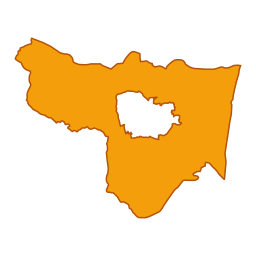 the district of Samraong Tong, Kâmpóng Spœ, Cambodia
{"feature_id": "14789045B32587408754767", "entity_name": "Samraong Tong", "entity_type": "district", "adm_level": 2, "iso_a3": "KHM", "parent_name": "Cambodia", "parent_adm1": "Kâmpóng Spœ", "projection": "albers", "projection_center": [104.483, 11.45], "detail": "fine", "context": "isolated", "style": "filled", "palette": "amber", "viewbox_px": 256, "rotation_deg": 0, "n_neighbors": 0, "source": "geoboundaries", "source_scale": "gbopen_adm2", "svg_char_len": 5835}
<svg xmlns="http://www.w3.org/2000/svg" viewBox="0 0 256 256"><path d="M160.1,211.1L162.1,208.4L163.9,205.3L167.2,200.4L174.0,190.7L175.3,189.2L177.7,187.5L183.0,180.6L184.5,180.2L193.2,180.4L195.6,180.1L196.7,179.6L197.8,178.9L198.3,178.1L198.5,177.4L197.8,176.4L196.7,175.9L194.0,175.6L193.3,174.7L193.2,173.7L196.0,172.3L196.4,171.8L197.0,171.6L198.0,171.6L199.0,171.3L200.0,171.4L200.4,170.9L201.5,167.3L202.4,167.3L203.1,166.9L203.7,166.3L204.5,166.3L205.2,165.9L205.3,163.2L205.5,162.8L205.8,162.5L206.6,162.4L207.6,162.8L208.8,162.9L209.4,163.2L213.9,168.1L214.5,168.4L217.3,171.6L219.1,174.3L224.0,179.2L224.4,179.2L224.5,178.8L226.0,162.0L225.0,153.3L227.5,136.9L227.8,136.3L227.7,135.9L229.7,122.3L231.3,114.1L231.8,104.8L231.4,104.3L231.0,102.5L231.5,101.2L232.1,100.3L232.8,99.6L233.0,98.6L232.9,97.8L233.8,92.7L235.1,87.0L236.7,80.5L238.7,73.8L239.1,70.3L239.9,67.5L240.6,65.6L237.7,65.2L233.9,65.5L228.5,67.8L225.5,68.0L221.8,67.0L221.0,67.0L216.2,68.6L214.4,69.1L212.9,69.2L204.9,69.2L193.5,68.4L189.9,67.1L186.6,65.0L185.6,64.3L184.5,62.1L182.8,60.5L181.1,59.9L177.0,59.7L174.7,60.2L172.6,61.4L170.4,63.1L167.5,65.8L166.9,66.5L166.2,68.5L165.5,68.8L162.5,66.9L160.1,66.1L159.2,66.0L155.6,66.9L154.6,66.8L153.4,66.1L152.9,65.1L152.4,65.1L152.1,64.7L152.2,63.6L149.0,62.7L147.4,61.3L146.6,61.0L145.9,60.9L145.0,61.3L143.8,61.3L143.0,61.5L141.9,61.4L141.0,61.6L140.6,61.6L140.0,58.3L139.9,53.9L139.5,53.4L139.0,53.4L135.1,51.9L133.9,51.7L132.5,51.7L130.9,52.5L129.8,53.5L127.3,56.3L125.2,59.2L122.8,63.3L117.3,63.8L111.0,69.0L102.5,65.6L100.4,63.9L90.9,63.9L88.6,64.4L85.5,64.8L79.3,64.5L77.7,64.1L75.1,63.0L73.7,62.2L73.1,61.4L72.6,58.6L72.0,57.5L70.4,55.6L69.5,54.9L66.9,54.0L64.7,54.0L60.3,52.9L51.4,46.9L48.9,45.5L43.2,42.7L31.8,38.3L31.3,39.2L31.2,40.4L31.6,42.1L31.5,43.4L30.8,44.1L29.5,44.2L25.6,45.6L24.0,46.6L20.4,48.0L20.1,49.0L20.0,50.7L19.1,50.5L18.1,51.5L18.1,54.0L17.7,54.8L16.6,55.5L16.3,56.4L15.4,58.2L15.5,59.2L18.9,61.6L21.1,62.6L22.6,66.0L24.0,67.9L25.6,69.3L27.3,70.2L30.3,71.3L30.6,72.6L30.2,74.1L29.5,75.4L29.2,78.8L29.3,80.8L29.7,82.4L30.6,84.0L30.8,85.1L27.9,91.3L27.4,92.6L27.0,95.1L27.2,96.3L27.2,98.3L26.4,100.0L27.5,101.3L28.0,102.6L27.9,103.4L28.4,104.0L28.8,104.9L30.5,106.4L31.0,107.1L31.9,107.9L33.1,109.4L36.9,111.3L38.4,112.3L39.2,113.2L41.3,114.3L42.0,114.6L45.0,115.2L45.6,115.9L48.5,117.6L49.3,117.7L50.4,117.7L51.1,118.0L53.7,120.2L54.0,120.7L55.5,121.6L55.8,122.5L56.6,122.9L57.9,121.7L58.4,121.7L60.2,122.3L60.8,121.9L61.2,121.1L62.4,120.9L64.3,122.2L65.2,124.2L65.7,124.6L67.7,124.1L68.7,124.3L69.6,125.4L69.6,126.2L68.4,126.8L68.1,127.1L67.8,127.7L68.0,128.3L69.1,129.0L70.6,130.1L71.0,130.7L72.5,131.4L73.8,130.6L74.9,130.7L75.9,131.0L76.5,131.4L76.7,131.7L77.4,131.7L78.6,130.1L80.5,129.6L80.8,129.0L81.2,128.9L82.3,127.9L85.0,128.0L85.4,127.8L86.5,127.0L87.4,126.7L88.9,128.5L89.8,129.0L91.2,129.2L94.0,128.1L94.6,128.1L96.3,128.7L98.4,130.0L99.3,129.9L100.4,130.1L101.0,130.5L101.3,131.2L102.5,131.6L102.9,131.9L103.9,133.0L104.4,134.1L105.0,134.9L105.1,135.5L105.7,136.2L107.9,136.5L108.3,137.0L108.3,137.6L108.0,138.1L107.8,139.2L108.1,140.1L107.6,140.6L107.5,142.0L106.7,143.5L106.8,144.3L107.2,144.9L107.6,149.3L106.4,152.6L107.3,161.1L108.3,168.5L107.8,173.6L107.4,174.8L107.0,174.9L106.6,176.7L106.3,179.1L106.6,181.5L107.5,183.1L108.0,183.6L108.5,184.7L106.6,189.6L106.4,190.4L106.8,191.4L107.2,191.9L108.0,192.2L110.0,192.3L111.9,192.8L113.2,192.8L113.5,193.0L117.5,196.9L119.4,200.3L120.0,201.2L121.1,202.2L123.0,201.9L124.2,202.1L128.1,204.3L128.5,204.8L128.8,205.4L129.3,208.1L131.1,209.1L133.0,212.5L134.5,213.8L135.8,215.4L137.4,216.8L139.0,217.6L145.0,217.7L146.9,217.3L149.8,216.3L158.6,212.1L160.1,211.1ZM130.2,91.2L132.6,91.3L133.8,91.4L135.8,92.1L137.2,92.2L138.0,92.1L138.7,91.2L139.6,91.6L141.2,92.6L142.4,93.8L143.2,95.7L146.0,98.2L146.9,98.8L147.8,100.1L148.4,100.4L149.3,97.9L151.7,97.6L153.0,97.8L153.6,97.5L154.0,97.7L154.8,97.4L155.0,97.6L155.7,97.3L156.4,97.3L156.7,97.4L155.8,98.0L155.7,98.3L154.6,99.0L153.9,99.1L153.6,100.8L153.6,103.4L155.2,103.7L155.9,104.1L156.8,104.2L157.4,104.0L157.5,103.6L158.5,103.6L159.8,103.3L160.1,105.0L160.3,105.3L161.0,105.5L161.4,105.5L161.6,105.2L161.9,104.0L163.6,103.7L164.2,103.0L166.3,103.1L166.9,103.3L167.8,103.0L168.5,103.1L169.8,102.0L170.2,102.7L171.2,102.9L171.9,102.8L172.2,102.9L172.4,102.7L172.9,102.6L173.3,102.8L173.7,103.4L173.8,104.2L174.1,104.2L174.2,105.2L174.2,106.0L174.5,107.3L175.0,107.3L174.7,108.6L174.8,109.8L174.6,110.4L174.0,110.1L173.4,110.4L171.8,110.5L171.5,111.9L171.9,111.8L172.0,113.9L173.1,113.8L173.1,114.5L173.3,114.7L173.6,115.2L173.6,115.8L173.8,116.5L175.3,115.3L178.5,115.3L179.5,115.6L179.4,119.7L178.7,119.8L179.0,121.3L179.4,122.3L180.2,122.6L180.4,122.9L180.8,122.5L181.1,122.6L181.4,123.3L179.9,124.6L177.9,125.0L176.6,124.6L174.8,123.6L173.1,123.6L172.6,123.9L172.2,124.6L172.4,125.9L171.6,127.4L168.7,131.3L167.6,133.0L166.6,134.2L165.6,134.4L164.8,135.1L163.8,135.6L163.2,135.6L160.8,134.9L159.2,135.0L158.7,135.4L158.5,135.8L158.8,136.3L158.3,137.8L158.5,138.3L158.7,139.4L157.8,139.4L155.0,138.7L150.9,137.1L150.2,136.4L149.8,136.4L148.9,137.4L142.3,137.2L141.4,137.0L141.0,136.5L140.4,136.3L139.8,136.5L139.6,137.0L139.0,137.3L137.3,137.0L135.4,137.8L132.7,138.2L131.4,137.9L130.6,135.2L130.9,134.7L131.8,133.9L130.9,132.6L128.9,133.8L128.1,132.0L127.4,132.9L127.2,132.0L125.7,133.5L124.5,128.9L123.9,125.7L124.4,124.9L124.0,124.6L122.6,125.2L121.2,126.1L120.5,126.1L120.1,125.0L119.5,121.8L118.1,117.4L118.2,115.4L117.9,114.3L116.1,110.7L116.5,110.0L116.6,108.5L116.0,106.2L116.1,105.5L116.6,104.7L116.7,104.0L116.5,102.5L116.8,101.4L116.8,100.6L116.7,99.6L116.4,99.4L116.1,98.7L116.1,97.2L116.2,96.2L116.9,94.9L117.8,94.2L120.2,93.8L122.4,93.0L123.3,92.5L125.5,92.0L126.8,91.1L127.4,90.9L130.2,91.2Z" fill="#f59e0b" stroke="#b45309" stroke-width="1.5"/></svg>